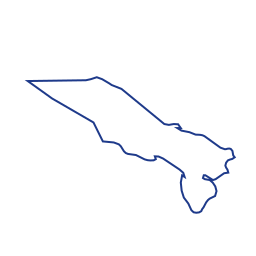 outline of Suðurnes, rotated 212°
{"feature_id": "ISL-704", "entity_name": "Suðurnes", "entity_type": "Independent Town", "adm_level": 1, "iso_a3": "ISL", "parent_name": "Iceland", "parent_adm1": "", "projection": "natural_earth1", "projection_center": [-22.463, 63.949], "detail": "fine", "context": "isolated", "style": "outline", "palette": "blue", "viewbox_px": 256, "rotation_deg": 212, "n_neighbors": 0, "source": "natural_earth", "source_scale": "10m", "svg_char_len": 1147}
<svg xmlns="http://www.w3.org/2000/svg" viewBox="0 0 256 256"><g transform="rotate(212 128 128)"><path d="M181.4,154.5L175.8,155.7L167.5,155.9L164.6,155.8L154.2,157.7L99.3,150.6L95.0,152.3L91.3,155.6L87.5,157.7L83.2,155.9L86.1,154.1L81.3,154.1L73.7,157.0L67.2,158.2L63.3,160.4L61.0,161.3L58.8,161.6L39.2,160.3L34.7,161.3L33.7,162.0L32.6,163.2L31.3,164.2L29.8,164.7L27.3,163.9L24.2,160.5L22.0,159.7L23.2,157.0L24.8,155.3L26.1,153.5L26.4,150.6L25.5,147.7L23.8,146.4L21.6,145.4L19.3,143.3L22.5,140.6L26.6,131.0L28.4,128.9L37.4,128.9L38.7,128.1L37.9,125.3L35.8,125.3L31.1,127.2L27.2,126.6L23.0,124.7L19.5,121.4L18.1,116.5L21.3,111.4L22.0,109.3L22.3,106.3L21.9,100.8L22.1,98.4L21.8,96.3L23.0,94.1L25.2,92.3L27.7,91.3L30.7,91.9L36.8,95.9L43.8,98.6L49.3,103.3L54.3,109.7L57.0,116.5L54.1,116.5L57.4,119.3L62.4,120.1L82.1,120.7L87.0,120.0L90.2,118.2L87.9,116.3L89.1,114.2L91.9,112.3L94.3,111.1L97.3,110.2L106.9,109.3L114.3,106.0L116.6,105.6L119.1,106.1L124.4,108.7L127.1,109.3L132.4,108.2L142.2,103.3L160.2,114.4L181.6,113.7L207.9,112.8L237.9,114.7L189.0,146.2L185.4,149.7L181.4,154.5L181.4,154.5Z" fill="none" stroke="#1e3a8a" stroke-width="2"/></g></svg>